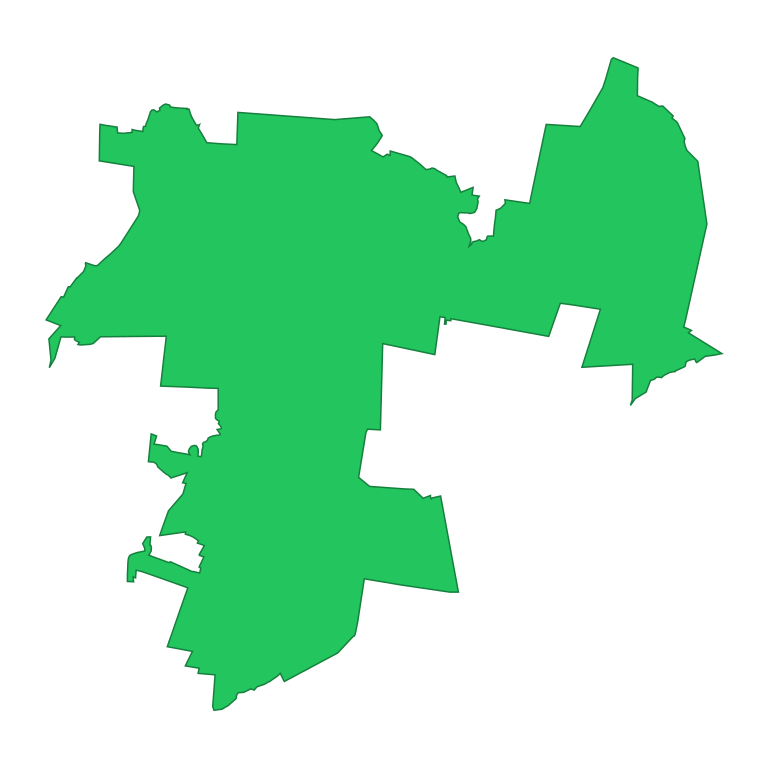 San Francisco de los Romo, Aguascalientes, Mexico (Albers equal-area conic projection)
{"feature_id": "50627088B17251995909944", "entity_name": "San Francisco de los Romo", "entity_type": "district", "adm_level": 2, "iso_a3": "MEX", "parent_name": "Mexico", "parent_adm1": "Aguascalientes", "projection": "albers", "projection_center": [-102.247, 22.022], "detail": "fine", "context": "isolated", "style": "filled", "palette": "green", "viewbox_px": 768, "rotation_deg": 0, "n_neighbors": 0, "source": "geoboundaries", "source_scale": "gbopen_adm2", "svg_char_len": 6060}
<svg xmlns="http://www.w3.org/2000/svg" viewBox="0 0 768 768"><path d="M167.3,646.7L192.4,651.4L185.3,665.9L199.1,668.2L198.1,673.4L215.1,674.8L212.7,706.6L214.0,710.3L222.1,709.2L226.6,706.4L227.5,706.1L229.0,704.9L230.3,703.7L235.9,698.8L236.0,698.4L236.2,698.2L236.5,695.7L237.4,693.6L238.6,692.7L243.6,692.4L250.4,689.1L251.0,688.9L254.2,690.1L257.0,686.8L264.6,684.2L268.3,682.0L269.4,681.7L271.6,680.1L277.8,675.8L280.2,673.3L284.3,681.5L337.8,652.9L353.1,636.5L354.0,636.2L355.1,634.5L357.7,621.8L364.3,578.8L400.7,584.9L449.6,592.1L458.4,592.1L440.6,496.0L431.7,498.1L431.2,498.8L430.4,497.1L430.5,495.8L430.5,495.5L423.5,498.1L423.4,498.3L423.2,498.4L413.8,489.3L403.9,488.9L369.6,486.4L358.6,477.4L365.9,432.7L367.5,429.2L380.4,429.9L382.7,343.6L434.8,354.6L440.0,316.7L444.5,317.5L445.2,317.7L444.5,324.1L446.0,324.1L446.3,320.2L450.8,320.7L450.9,318.7L485.5,324.9L548.7,336.4L560.3,303.3L569.1,304.4L600.4,309.2L581.9,367.3L632.7,364.3L632.2,400.2L630.4,405.4L635.3,398.6L646.3,391.9L646.6,390.9L646.6,390.5L650.5,380.5L654.3,379.3L656.7,377.1L659.2,377.2L661.6,377.6L662.6,376.5L665.2,374.7L669.9,372.4L674.0,371.6L675.0,371.7L675.7,370.8L684.6,366.7L685.4,365.9L685.3,365.0L686.2,361.8L689.1,360.3L694.6,358.9L696.0,361.9L696.8,362.6L705.3,356.3L714.0,355.2L721.9,353.6L688.4,332.8L691.4,330.4L684.5,327.3L683.7,327.0L685.6,319.7L706.9,224.0L697.8,161.6L697.8,161.4L687.0,150.5L685.6,147.2L685.1,145.7L684.2,142.0L684.4,139.7L685.0,138.8L677.6,123.1L676.3,121.5L672.0,118.1L673.2,116.0L662.7,106.0L658.8,106.4L652.2,102.1L648.8,100.7L647.6,100.2L637.4,95.7L637.6,78.6L637.6,78.0L638.1,68.0L626.6,63.2L613.2,57.7L611.3,59.5L605.4,79.9L602.8,87.7L588.2,113.1L580.2,126.5L546.2,124.4L533.7,183.7L529.6,203.4L504.9,199.8L505.4,203.4L500.3,208.5L496.1,210.2L495.4,218.0L494.7,222.6L493.7,232.1L493.5,236.0L487.7,236.1L487.3,236.5L486.3,239.8L483.0,241.4L481.3,240.9L479.3,239.7L476.6,241.0L474.1,241.5L472.4,242.1L471.4,244.4L469.0,246.4L470.7,241.4L470.8,240.2L470.6,238.1L470.0,236.9L468.5,233.9L467.8,232.1L467.7,231.2L467.0,230.2L466.1,227.0L463.7,224.5L459.9,222.0L458.9,219.9L458.1,217.5L457.6,217.1L458.8,213.2L461.0,212.6L464.6,212.9L467.1,212.8L469.8,213.5L473.3,212.8L474.7,212.2L476.8,208.7L478.1,201.9L477.5,198.8L479.3,196.1L472.0,195.1L473.1,187.4L460.8,192.3L458.9,187.8L456.2,182.3L454.9,176.0L446.9,177.0L446.6,175.6L441.8,173.0L436.5,170.0L434.8,168.7L432.0,168.0L429.9,169.0L426.3,169.6L425.0,168.7L420.0,164.2L411.8,157.7L409.7,156.6L390.2,151.0L390.1,155.3L388.6,155.0L387.7,154.3L387.2,154.2L383.2,156.9L380.6,155.6L378.6,154.4L375.0,152.5L371.5,150.5L372.7,149.1L373.6,148.0L374.4,147.0L375.5,145.8L376.9,143.9L378.3,142.0L382.2,135.7L381.9,134.7L381.5,134.1L379.7,131.5L379.4,131.1L378.9,129.8L378.8,129.6L377.2,124.4L376.0,122.6L374.7,121.4L373.3,119.9L369.6,116.8L334.7,119.6L237.9,112.4L236.8,144.6L235.4,144.5L229.1,144.2L226.8,144.1L223.1,143.9L222.4,143.9L220.6,143.7L218.0,143.6L211.0,143.0L207.5,142.8L206.9,142.8L203.5,136.8L198.3,128.1L199.5,124.6L198.9,125.0L197.6,125.0L197.4,125.0L197.1,125.2L196.6,125.5L196.0,124.6L194.6,122.1L193.5,120.3L193.0,119.4L191.8,117.1L190.7,114.5L190.0,112.4L189.3,109.9L189.2,109.4L187.2,108.5L187.2,109.1L186.8,109.1L186.7,108.6L185.3,108.4L179.9,108.1L174.4,107.6L170.2,106.9L170.1,106.0L169.5,105.0L168.1,104.7L165.6,104.0L163.2,105.1L161.0,106.9L159.5,108.0L159.9,110.0L159.7,110.6L158.9,111.0L158.1,111.1L157.7,111.3L157.2,112.0L156.4,111.6L154.0,109.9L152.0,110.0L150.5,111.7L148.0,119.4L146.1,123.8L145.6,126.3L143.6,126.5L143.0,128.3L143.0,130.6L142.9,131.5L135.2,130.3L132.1,129.5L132.0,132.4L123.7,133.3L117.6,132.9L117.1,127.1L107.3,125.6L106.3,125.5L100.0,124.3L99.7,133.5L99.3,160.9L133.9,166.4L133.3,191.0L133.5,192.3L139.5,209.7L139.6,211.1L139.3,212.7L138.3,216.0L121.0,243.1L118.7,246.2L117.8,247.0L113.8,250.8L109.9,254.4L105.3,258.2L97.7,265.3L96.1,265.8L93.9,265.5L85.7,262.7L85.4,263.9L86.0,265.5L83.8,271.1L83.6,271.5L76.7,278.4L76.5,278.2L70.1,286.9L68.3,286.7L63.6,297.1L63.0,297.0L61.2,296.7L52.1,310.6L46.4,319.4L46.1,319.9L60.7,325.6L48.9,338.8L51.0,360.1L49.3,367.7L54.8,358.5L61.0,336.9L65.7,337.1L74.7,337.0L74.7,337.7L74.4,339.3L74.9,340.0L76.6,341.0L79.3,342.4L77.9,344.5L78.2,344.6L80.7,345.0L89.4,344.4L89.8,344.4L93.2,343.5L100.5,336.8L151.3,336.3L166.2,336.2L165.8,341.1L163.6,359.4L163.2,363.2L160.6,386.1L187.2,387.1L207.6,388.1L218.2,388.4L218.2,409.3L217.7,410.2L215.9,412.2L215.4,414.7L215.5,418.3L216.6,419.6L219.3,421.3L218.4,423.6L220.8,426.4L221.4,428.3L220.7,428.9L218.5,429.2L217.1,429.5L219.4,432.9L220.3,433.9L219.9,435.0L216.4,435.3L212.7,436.0L209.9,437.0L208.0,438.4L207.7,439.8L205.8,441.7L203.4,442.4L202.5,444.0L203.1,446.0L202.8,447.6L202.0,450.1L201.9,452.6L201.7,454.1L201.5,455.4L200.9,456.6L197.9,456.1L198.0,454.2L198.3,452.5L198.2,449.4L197.0,446.7L195.9,445.6L194.0,445.5L191.2,446.4L189.5,448.7L188.6,450.6L188.5,452.3L190.0,454.8L185.1,453.8L177.9,452.6L171.3,451.3L166.8,446.1L157.6,444.6L154.0,444.1L156.6,436.0L151.2,433.9L148.4,461.7L151.0,462.0L153.5,462.1L155.2,463.0L156.8,464.5L157.9,467.1L164.1,472.5L166.4,474.3L168.5,475.3L170.9,478.0L187.2,472.7L184.2,479.2L182.6,482.8L186.0,483.4L182.9,494.0L169.6,509.5L168.4,511.0L161.6,530.0L159.7,535.6L185.7,531.9L185.3,534.2L187.9,535.0L188.0,534.7L193.0,537.0L198.5,540.7L198.4,541.0L197.4,543.1L203.0,545.0L204.3,545.6L200.1,553.0L199.1,554.9L200.2,555.4L200.1,555.7L203.9,556.8L199.1,567.0L199.3,567.1L199.7,567.2L200.0,567.7L200.8,568.0L199.7,573.0L193.6,571.5L192.2,571.6L170.3,561.7L169.1,562.7L165.9,561.5L148.7,555.2L149.4,554.3L151.2,550.9L151.4,547.3L150.7,545.2L149.9,545.2L150.6,536.9L146.8,537.0L142.7,543.6L144.8,548.6L144.8,551.0L136.9,552.6L133.0,553.9L132.0,554.3L130.7,554.9L130.3,555.2L129.6,555.8L129.3,556.3L128.8,557.3L128.3,559.0L128.1,560.7L127.9,562.9L127.6,570.4L127.4,574.6L127.4,581.5L133.6,581.8L133.2,576.9L135.6,577.9L135.7,575.6L135.9,573.8L136.1,570.2L138.7,570.8L142.6,571.8L154.9,576.1L187.0,587.5L187.8,587.8L177.0,618.7L171.3,635.3L170.0,638.8L169.2,641.1L167.3,646.7Z" fill="#22c55e" stroke="#15803d" stroke-width="1.5"/></svg>